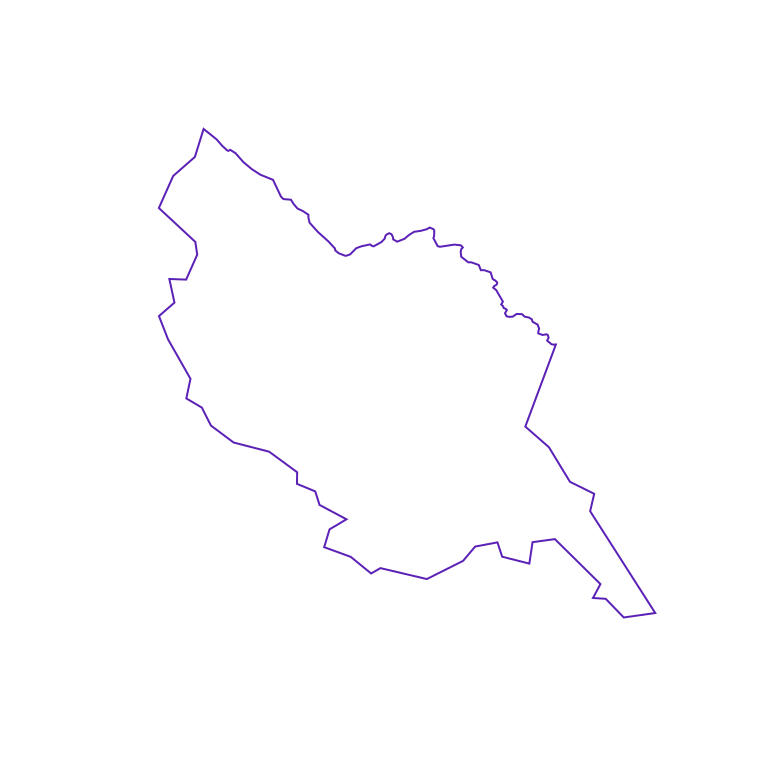 outline of Letcher, Kentucky, United States of America, rotated 254°
{"feature_id": "52423323B26336068765795", "entity_name": "Letcher", "entity_type": "district", "adm_level": 2, "iso_a3": "USA", "parent_name": "United States of America", "parent_adm1": "Kentucky", "projection": "albers", "projection_center": [-82.803, 37.114], "detail": "fine", "context": "isolated", "style": "outline", "palette": "violet", "viewbox_px": 768, "rotation_deg": 254, "n_neighbors": 0, "source": "geoboundaries", "source_scale": "gbopen_adm2", "svg_char_len": 2036}
<svg xmlns="http://www.w3.org/2000/svg" viewBox="0 0 768 768"><g transform="rotate(254 384 384)"><path d="M243.6,281.5L227.0,304.4L205.4,319.4L208.0,329.8L184.7,371.4L192.2,411.3L202.6,426.8L200.5,449.4L185.4,450.0L171.3,474.2L191.0,483.2L187.8,505.5L132.0,536.9L120.7,525.9L116.4,537.9L93.5,550.1L89.1,581.6L204.9,547.1L220.5,555.8L238.7,535.8L277.8,525.1L304.1,508.1L374.6,560.1L375.3,557.2L376.2,555.9L377.1,555.2L377.7,555.0L378.8,554.0L380.8,552.8L383.2,555.0L385.8,555.0L387.0,553.9L387.4,550.0L390.1,546.3L391.2,546.5L392.4,547.1L394.4,548.4L398.8,548.0L402.6,544.2L403.8,543.9L405.3,544.0L407.9,541.7L410.0,537.7L413.1,535.9L414.8,530.8L413.3,526.5L413.9,523.2L415.3,520.5L418.7,519.8L421.2,522.5L422.1,522.2L424.2,519.9L425.9,519.9L428.2,518.6L430.4,521.0L443.5,517.7L446.5,515.5L447.8,517.0L448.3,519.2L449.2,520.3L450.6,520.8L453.2,519.2L453.6,518.5L455.0,517.6L455.2,517.4L461.9,517.3L465.7,511.9L466.7,508.5L472.3,507.9L477.0,501.3L477.7,498.6L485.0,493.3L490.1,494.2L492.3,495.4L493.5,497.4L496.2,496.0L498.6,490.1L500.5,475.6L501.7,473.6L510.6,471.7L512.5,473.0L518.0,474.7L519.2,474.1L519.5,473.9L521.8,471.0L521.0,467.8L521.1,461.7L522.0,454.8L520.3,449.0L517.9,443.6L517.2,435.9L520.5,432.7L522.5,433.1L525.9,432.5L527.5,430.6L527.0,427.7L526.0,426.2L523.6,424.8L521.2,420.8L519.2,412.1L519.8,410.8L522.0,409.1L522.6,400.4L522.2,394.8L517.9,387.1L517.7,383.1L518.0,382.0L522.1,376.6L525.8,374.0L527.8,374.2L536.3,369.9L548.5,362.3L559.6,356.9L564.8,357.2L567.5,358.0L572.7,353.6L576.5,349.2L581.8,346.8L586.8,345.3L589.5,338.3L591.0,337.4L592.6,336.6L610.8,333.6L619.4,322.7L626.9,316.2L636.0,310.0L646.8,304.9L651.5,300.7L651.0,298.6L651.8,297.6L657.6,294.1L665.3,290.5L678.9,280.9L654.4,264.8L642.1,238.7L615.2,216.1L572.6,241.8L559.8,240.1L538.9,222.6L544.1,206.6L520.0,205.0L511.3,186.4L486.6,188.7L442.3,199.4L424.6,190.0L411.5,202.4L391.7,206.2L369.2,223.3L350.6,254.9L323.1,276.2L312.0,272.8L299.7,288.3L285.5,288.7L264.3,310.6L259.3,291.6L243.6,281.5Z" fill="none" stroke="#5b21b6" stroke-width="2"/></g></svg>